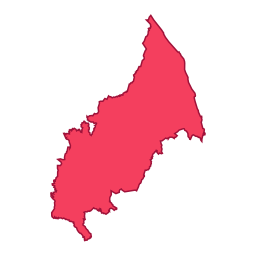 Alto Lucero de Gutiérrez Barrios, Veracruz, Mexico (Equal Earth projection)
{"feature_id": "50627088B6461377547607", "entity_name": "Alto Lucero de Gutiérrez Barrios", "entity_type": "district", "adm_level": 2, "iso_a3": "MEX", "parent_name": "Mexico", "parent_adm1": "Veracruz", "projection": "equal_earth", "projection_center": [-96.611, 19.729], "detail": "fine", "context": "isolated", "style": "filled", "palette": "rose", "viewbox_px": 256, "rotation_deg": 0, "n_neighbors": 0, "source": "geoboundaries", "source_scale": "gbopen_adm2", "svg_char_len": 5788}
<svg xmlns="http://www.w3.org/2000/svg" viewBox="0 0 256 256"><path d="M201.8,141.4L201.9,139.1L202.7,135.7L204.3,134.4L203.7,134.7L203.1,134.1L203.9,132.7L203.5,132.0L204.9,133.5L204.5,135.5L205.1,133.9L204.9,133.2L204.0,131.8L204.3,129.8L203.8,128.7L202.8,128.5L201.2,122.2L201.8,120.6L201.9,119.2L201.5,118.3L201.8,117.2L201.6,116.4L200.9,116.9L200.3,116.2L198.5,112.2L198.3,110.5L197.3,108.8L195.0,101.2L194.2,97.8L194.4,96.7L195.2,96.4L195.4,95.5L194.9,93.2L191.8,89.1L188.5,82.4L187.9,79.2L188.0,77.4L185.6,72.5L184.6,69.6L184.7,63.2L184.5,61.3L183.7,58.9L180.9,55.5L180.5,54.2L179.1,52.5L179.1,52.0L177.8,52.0L168.8,41.9L165.4,37.3L163.6,34.0L163.6,33.0L161.4,29.7L153.8,20.1L150.8,15.4L149.3,17.2L148.4,19.9L146.4,20.0L150.0,23.7L150.7,25.0L150.5,26.1L150.9,26.7L150.2,28.3L149.6,28.0L148.4,28.5L149.2,30.5L148.3,31.0L148.1,33.9L147.6,35.1L147.1,36.0L145.8,36.8L144.2,41.3L142.7,43.3L146.4,49.0L145.1,51.0L143.5,55.2L143.5,56.1L144.1,57.0L144.2,58.9L142.3,60.6L140.7,66.5L139.0,66.6L137.5,70.4L136.6,70.7L136.2,71.9L135.6,72.1L135.9,72.8L135.0,73.5L134.8,74.2L133.6,75.0L133.9,76.3L134.4,76.8L133.4,81.4L132.3,82.0L132.2,82.7L130.6,83.0L130.1,84.0L129.3,84.1L127.3,91.5L126.4,91.3L126.1,92.3L125.2,92.1L123.1,93.4L122.8,95.1L121.1,94.7L120.6,95.8L119.6,95.3L119.4,96.2L118.3,95.8L117.3,96.8L116.5,96.4L114.8,97.4L113.8,97.0L112.2,97.8L110.7,96.7L109.6,96.8L108.6,95.9L106.9,99.3L104.9,98.5L102.8,101.3L100.5,101.2L99.3,101.7L99.4,103.6L98.1,107.7L98.6,111.7L97.5,113.5L95.3,113.9L94.4,113.5L92.8,115.8L92.1,115.5L89.6,115.8L87.7,117.1L87.0,116.3L86.9,117.2L87.6,118.5L87.5,119.9L88.4,120.1L88.4,120.7L91.0,122.0L93.3,122.1L94.0,123.4L95.8,122.9L96.5,123.3L96.0,124.5L95.2,125.2L95.5,125.2L95.2,127.2L94.0,128.4L94.4,128.8L93.9,129.4L93.9,130.7L93.0,131.6L92.2,133.2L92.3,134.1L91.4,134.7L91.2,135.4L90.0,134.6L89.9,132.8L88.7,131.9L88.5,130.7L88.9,130.0L88.7,129.6L89.1,129.5L89.3,127.6L88.2,126.0L88.6,125.7L88.8,124.2L88.1,123.1L87.0,123.4L86.2,122.9L85.4,123.3L85.0,121.8L84.1,121.2L83.1,122.8L82.1,122.8L81.7,124.5L81.2,124.6L81.5,125.2L81.1,125.8L81.2,126.8L82.7,127.7L81.7,130.2L82.1,130.9L81.5,131.5L81.7,132.4L80.7,132.1L79.5,129.4L78.5,129.5L78.7,130.1L78.4,130.4L77.3,130.3L76.6,130.8L76.0,129.4L74.2,128.3L73.3,129.2L72.5,128.7L72.3,129.4L71.9,129.5L72.1,129.9L71.6,130.8L70.0,129.6L69.3,130.1L69.6,132.6L69.4,133.3L69.1,133.0L69.3,133.9L66.9,133.5L66.2,133.7L65.9,134.4L64.7,133.3L63.7,133.4L65.7,137.9L66.3,137.7L65.9,138.4L66.1,138.7L66.9,139.3L67.8,139.3L69.1,140.5L69.3,142.3L70.4,145.2L70.3,147.5L69.9,148.2L69.9,147.2L67.9,147.1L67.1,151.2L66.6,151.7L66.6,152.8L65.2,154.0L64.5,157.3L64.7,159.5L62.9,159.7L60.5,158.9L57.8,159.4L61.1,162.1L61.6,163.8L60.5,165.5L57.5,165.5L57.5,168.4L58.2,170.5L57.7,171.8L57.6,176.4L56.0,177.8L56.0,178.8L55.2,180.0L55.2,181.3L54.7,181.4L54.0,180.2L53.8,180.4L53.8,181.6L54.5,183.4L52.2,183.9L52.5,185.2L53.2,185.4L52.8,185.5L53.6,185.5L54.6,186.4L53.9,187.3L55.1,188.0L54.9,189.5L55.5,189.3L55.4,190.2L56.5,190.5L56.2,191.7L55.7,191.4L54.3,192.3L53.3,192.4L53.3,193.2L52.7,192.9L53.5,193.9L52.2,193.7L51.2,192.8L50.9,193.1L51.1,195.6L51.8,195.1L53.5,196.5L53.5,197.2L51.6,197.1L52.7,198.6L54.7,200.3L55.1,201.4L54.5,202.5L54.8,205.6L54.3,207.1L54.5,208.6L51.7,212.7L51.8,216.0L52.2,216.3L52.1,216.8L53.8,218.3L54.4,218.0L54.7,217.1L55.2,218.0L55.6,217.7L55.8,218.1L56.3,217.6L57.2,219.0L57.0,218.0L57.9,217.9L58.1,218.4L58.5,217.7L58.8,218.1L61.1,217.9L62.5,218.7L63.8,218.1L65.7,219.4L65.9,219.1L68.0,220.0L69.0,219.9L69.2,220.9L70.2,221.5L70.9,221.2L72.5,222.0L73.7,222.1L73.8,222.6L73.4,223.2L74.1,224.0L74.4,225.1L74.0,225.5L74.5,226.6L76.6,227.8L77.2,229.8L78.6,232.0L80.2,233.4L80.8,233.3L82.7,235.5L83.1,237.1L83.6,237.0L83.3,237.4L84.2,237.6L84.6,238.3L84.4,239.9L84.8,240.6L85.8,240.1L87.0,240.2L87.8,239.1L89.9,238.4L90.2,237.2L90.8,237.5L91.3,236.7L90.8,233.7L89.4,233.0L87.5,229.9L86.7,229.4L85.5,227.7L85.2,226.7L83.0,225.0L83.1,223.7L83.7,223.4L83.9,222.9L83.7,221.1L84.0,220.0L83.4,218.9L84.2,218.7L84.9,219.6L85.2,219.3L84.6,218.0L84.7,216.9L84.4,216.6L84.8,213.3L84.0,212.3L85.5,211.7L87.0,211.9L88.0,211.1L89.5,211.3L90.1,210.7L90.6,210.9L93.7,207.8L94.7,208.7L96.6,208.9L97.5,210.3L98.5,210.7L98.6,210.3L98.9,210.8L99.7,209.7L99.8,210.9L100.5,211.2L100.0,208.7L100.6,208.9L101.6,213.0L103.1,212.9L103.5,213.5L104.6,213.4L106.0,214.2L108.5,212.4L109.0,211.4L108.9,211.0L109.3,211.2L109.0,210.4L109.5,210.4L109.5,209.3L109.8,208.7L111.1,208.2L112.7,208.9L114.2,210.3L115.4,209.2L116.0,209.5L116.7,209.1L116.7,208.1L113.0,205.9L112.8,204.8L112.3,204.7L111.5,203.1L110.1,202.0L110.1,201.3L109.6,201.4L109.8,197.5L111.3,194.7L111.1,190.8L115.9,193.6L119.3,192.3L119.3,191.0L119.8,189.8L121.3,189.0L121.9,189.9L124.7,191.8L135.2,190.1L136.6,190.8L138.5,186.7L138.9,185.1L139.8,183.4L140.5,183.3L141.1,182.1L141.7,179.7L142.9,178.8L143.7,176.9L144.3,176.5L144.3,175.3L143.7,175.2L143.7,174.8L145.2,170.2L146.5,170.3L147.7,169.6L148.4,169.7L149.6,167.9L149.6,166.7L150.6,166.1L150.8,164.3L151.3,163.8L151.1,162.0L151.4,161.7L150.3,159.8L151.4,159.4L151.4,158.1L152.1,158.4L152.4,158.1L151.9,156.9L152.7,156.5L152.4,155.5L152.8,154.2L154.5,152.6L154.9,151.8L155.6,151.6L156.2,150.3L157.0,150.6L157.0,152.4L158.5,154.1L159.5,153.1L161.6,153.7L162.4,153.3L161.4,151.5L162.0,149.0L161.3,147.0L161.9,145.1L161.4,144.6L160.4,141.0L162.1,140.8L165.7,138.1L166.7,138.6L168.0,138.1L168.2,139.0L169.3,137.4L169.9,137.2L172.2,137.2L174.2,138.4L174.3,137.4L175.5,137.4L177.2,135.7L174.7,133.6L177.5,131.8L179.1,130.1L183.3,128.7L184.2,128.8L184.8,130.3L186.4,131.1L187.5,132.7L187.9,133.5L188.1,136.6L189.6,138.3L189.7,139.2L190.4,139.4L192.1,135.5L193.3,134.8L195.6,136.2L197.6,136.5L198.3,137.4L199.0,137.2L200.3,138.0L200.4,138.7L200.7,138.7L200.9,140.3L201.8,141.4Z" fill="#f43f5e" stroke="#9f1239" stroke-width="1.5"/></svg>